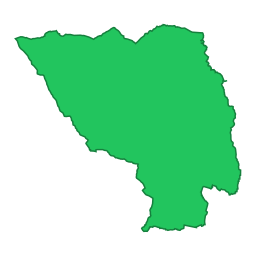 Hankha, Chai Nat, Thailand (Natural Earth projection)
{"feature_id": "78962969B11374583847622", "entity_name": "Hankha", "entity_type": "district", "adm_level": 2, "iso_a3": "THA", "parent_name": "Thailand", "parent_adm1": "Chai Nat", "projection": "natural_earth1", "projection_center": [99.977, 15.032], "detail": "fine", "context": "isolated", "style": "filled", "palette": "green", "viewbox_px": 256, "rotation_deg": 0, "n_neighbors": 0, "source": "geoboundaries", "source_scale": "gbopen_adm2", "svg_char_len": 5804}
<svg xmlns="http://www.w3.org/2000/svg" viewBox="0 0 256 256"><path d="M236.9,191.6L237.1,189.0L237.9,188.9L237.6,186.2L237.7,184.6L238.2,183.1L238.2,181.3L238.9,181.3L238.9,179.0L239.8,179.0L239.8,175.4L240.5,175.3L240.6,170.1L239.0,169.5L238.8,169.2L238.5,166.4L238.8,165.5L238.7,163.8L238.2,162.8L237.9,161.5L236.9,160.6L237.1,159.5L235.8,157.6L236.1,154.5L235.5,149.0L234.9,147.7L233.2,146.3L232.7,145.5L232.8,144.5L233.1,143.8L233.0,142.6L232.6,142.1L231.6,141.5L230.9,139.5L230.8,134.8L230.3,132.8L230.8,130.7L231.4,130.0L230.7,128.0L232.5,126.9L234.3,124.8L234.4,123.7L233.3,121.2L233.9,119.0L235.3,117.9L235.1,115.9L235.5,114.0L234.5,111.7L234.4,110.3L233.1,109.0L233.1,106.6L231.7,106.2L229.7,106.4L228.3,105.4L228.0,102.8L228.0,99.8L227.2,98.6L226.9,97.5L225.6,96.9L224.9,96.1L224.9,95.1L224.4,94.6L224.5,93.8L224.4,92.6L224.1,92.0L224.0,89.4L223.3,88.7L223.3,87.4L222.6,86.8L221.7,84.9L221.6,84.0L222.5,83.3L223.0,82.5L223.0,80.7L223.3,80.7L224.8,81.4L226.3,80.9L226.6,81.4L226.5,81.0L226.3,80.8L224.8,81.3L224.0,80.9L221.9,75.7L220.1,73.8L217.5,72.8L217.2,72.2L215.4,72.5L215.6,71.7L215.4,71.1L214.4,70.8L214.3,70.1L214.0,69.7L211.5,69.8L211.0,70.1L210.8,69.1L211.3,68.5L210.9,67.2L210.3,66.9L209.8,65.9L208.7,66.0L208.1,65.7L208.1,64.6L208.8,63.9L208.8,63.4L207.7,62.0L206.6,61.8L206.3,61.5L206.5,60.8L207.7,59.4L208.4,57.0L207.5,56.4L204.7,53.7L204.5,52.4L205.1,51.2L205.6,50.9L205.8,49.9L206.5,49.7L206.6,47.9L207.0,47.3L206.6,46.8L206.1,46.8L205.8,45.8L205.0,45.5L204.5,45.8L203.8,45.4L203.5,43.9L202.4,43.7L201.7,43.2L203.0,42.8L204.0,41.8L203.0,40.4L201.7,40.4L201.2,40.9L200.9,40.6L201.4,40.1L202.6,39.8L202.8,38.4L203.4,37.6L203.5,35.3L203.2,34.9L203.2,34.1L202.6,32.9L192.4,32.2L191.1,31.7L184.7,28.1L181.7,28.3L179.2,27.3L177.4,26.9L177.2,27.2L175.8,26.8L175.6,27.0L175.0,26.0L174.5,25.7L172.4,26.0L169.5,25.8L168.8,26.1L167.1,25.3L166.2,25.9L164.9,24.9L163.1,24.6L162.8,25.5L161.9,25.4L160.0,26.6L159.6,26.3L158.9,26.8L158.2,26.8L157.0,26.3L155.6,28.2L154.0,29.2L153.5,29.1L152.3,30.9L151.7,31.2L150.8,30.6L149.9,30.8L149.2,31.3L147.6,33.8L146.7,33.4L145.2,33.6L144.0,36.0L141.1,38.0L137.9,41.5L135.5,43.6L134.4,42.3L133.7,42.2L132.2,40.7L127.7,39.1L124.4,38.5L123.7,37.3L123.7,36.0L122.9,35.8L121.2,34.8L119.5,32.1L118.4,30.8L115.3,28.7L114.7,27.7L113.4,27.6L110.9,29.0L110.3,29.7L108.0,31.2L106.3,31.8L105.1,32.8L103.1,33.6L101.2,35.9L100.3,35.6L97.7,36.5L96.3,37.6L94.7,38.3L93.7,39.3L89.0,37.1L83.8,35.5L82.7,35.6L80.4,35.2L74.1,35.4L70.2,34.5L67.4,34.6L65.7,34.3L63.4,36.1L62.8,36.2L61.5,36.1L59.7,35.1L59.5,33.8L58.6,33.9L58.1,33.4L56.3,30.7L55.9,31.0L52.2,31.4L51.0,31.8L50.4,31.3L48.5,31.7L47.0,32.7L46.4,32.8L45.2,33.9L44.8,34.7L44.8,36.1L43.6,36.4L42.7,37.3L41.9,37.1L39.7,38.1L37.7,37.9L34.6,38.6L33.0,38.6L31.2,39.3L28.1,38.4L26.4,37.6L25.5,37.8L22.7,36.9L20.6,36.8L15.4,38.7L17.3,40.8L19.2,46.5L20.6,48.6L23.5,50.9L27.9,55.9L28.7,58.0L30.0,60.0L31.3,61.1L31.7,64.1L34.2,66.2L37.1,69.8L37.4,70.7L37.2,73.0L37.4,73.9L40.3,75.0L42.9,75.0L44.1,76.0L44.7,78.4L46.5,82.2L46.9,84.4L47.7,86.0L48.9,89.7L50.1,91.3L51.6,94.3L52.4,95.0L53.2,97.0L55.2,99.1L56.3,100.5L57.9,106.0L59.0,107.3L59.5,109.4L60.2,111.0L63.0,113.0L64.4,116.3L66.1,116.5L69.5,116.1L70.3,116.4L71.3,118.2L71.6,120.3L72.7,121.5L73.1,124.9L74.6,125.6L75.4,126.8L75.5,128.0L76.8,129.2L77.0,130.6L79.2,132.5L79.8,134.2L80.3,134.9L85.0,136.9L85.9,138.4L87.9,139.7L88.0,140.2L87.7,141.1L86.3,142.7L86.0,143.6L89.2,148.1L89.6,149.9L90.5,149.8L90.6,150.9L94.0,151.1L96.0,151.6L95.9,149.9L96.9,149.6L102.8,149.6L104.4,150.3L106.6,150.6L107.6,151.4L108.0,152.3L108.8,152.8L109.5,154.3L111.0,155.6L113.7,156.0L115.6,157.8L117.0,157.8L118.4,158.5L118.8,158.3L120.3,159.0L123.1,159.2L124.1,158.9L125.8,160.0L126.4,161.0L128.4,161.8L130.5,162.1L131.4,161.9L132.4,162.5L133.3,163.4L134.0,163.3L135.2,163.8L136.6,163.8L138.2,164.2L137.6,165.9L138.2,167.3L138.3,168.4L137.5,169.3L137.0,170.5L137.4,171.0L136.9,171.7L137.1,172.6L136.5,174.2L136.6,175.2L136.3,177.2L136.6,178.1L140.1,180.7L141.4,182.2L142.5,182.9L143.7,184.8L145.1,188.1L143.4,189.4L142.5,190.5L144.9,193.6L146.1,194.8L149.2,195.9L152.8,198.2L152.9,199.1L152.6,203.6L151.4,207.8L150.6,208.3L150.5,209.2L150.0,209.9L150.0,210.8L150.4,211.7L150.4,214.3L150.8,215.3L150.7,216.0L150.2,216.4L150.0,217.0L149.1,217.2L148.2,218.1L147.2,221.4L146.4,222.5L145.7,224.8L144.9,224.9L144.9,225.6L144.4,226.0L144.2,226.7L142.3,227.5L141.7,228.5L142.7,230.2L143.9,231.4L145.1,231.2L147.2,231.3L148.7,229.4L149.7,227.2L150.0,227.4L150.5,226.8L152.8,227.2L153.1,226.4L153.8,226.3L155.7,226.4L158.1,227.3L159.6,227.5L159.8,228.4L160.8,228.2L162.8,228.5L163.6,228.9L165.5,228.9L165.6,229.8L166.8,229.8L167.8,230.3L170.7,229.7L172.2,229.9L174.4,229.4L174.7,229.3L174.8,228.7L175.9,228.8L176.7,229.5L177.6,229.4L177.7,229.9L179.8,230.3L180.4,230.1L180.7,229.5L181.5,229.1L183.7,228.4L184.2,225.1L196.1,227.5L195.9,227.0L196.1,226.9L197.4,226.6L199.1,225.6L201.1,225.0L201.3,224.9L201.6,226.2L202.5,226.0L203.5,225.4L203.6,224.6L205.0,224.6L204.6,222.0L204.7,219.9L205.4,215.6L206.8,214.0L207.3,212.1L205.9,210.8L207.5,205.1L207.8,203.3L206.0,201.1L205.6,201.1L204.9,200.6L204.5,200.0L204.5,199.6L203.0,197.9L203.2,197.4L202.8,197.3L202.4,196.7L202.3,195.9L201.6,195.6L201.8,195.3L201.5,194.8L201.7,194.5L201.2,193.2L201.3,191.9L201.0,191.8L201.5,191.3L201.6,190.4L201.9,190.1L202.3,188.4L203.0,186.9L203.8,186.5L210.0,188.3L210.9,188.9L211.8,188.1L211.9,186.6L212.5,186.9L212.6,185.2L213.2,185.6L214.3,185.6L214.7,186.0L216.1,186.3L216.4,186.8L216.4,187.3L217.4,188.8L219.6,190.6L220.2,190.5L220.3,190.0L221.3,189.0L222.2,189.6L224.7,189.8L226.4,191.6L228.0,192.1L228.9,193.4L229.3,194.9L230.3,194.8L230.9,194.4L231.0,193.9L231.3,193.6L232.6,194.2L234.5,193.4L234.8,193.6L235.1,192.9L235.5,192.9L235.5,191.7L236.9,191.6Z" fill="#22c55e" stroke="#15803d" stroke-width="1.5"/></svg>